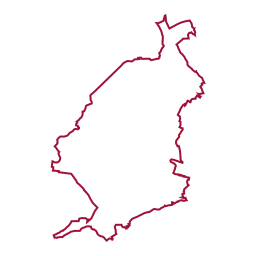 Maltrata, Veracruz, Mexico
{"feature_id": "50627088B19027861319705", "entity_name": "Maltrata", "entity_type": "district", "adm_level": 2, "iso_a3": "MEX", "parent_name": "Mexico", "parent_adm1": "Veracruz", "projection": "mercator", "projection_center": [-97.262, 18.844], "detail": "fine", "context": "isolated", "style": "outline", "palette": "rose", "viewbox_px": 256, "rotation_deg": 0, "n_neighbors": 0, "source": "geoboundaries", "source_scale": "gbopen_adm2", "svg_char_len": 5778}
<svg xmlns="http://www.w3.org/2000/svg" viewBox="0 0 256 256"><path d="M89.2,104.5L87.7,105.0L87.4,105.2L86.7,105.4L86.1,105.8L85.8,106.9L85.6,107.5L85.4,108.8L84.7,109.8L84.4,111.0L83.9,111.5L83.3,111.7L82.6,111.6L82.5,112.3L82.7,114.1L82.2,115.8L81.9,116.4L81.1,117.7L80.4,118.0L78.7,120.1L76.6,121.7L77.3,122.6L76.7,123.3L76.1,124.3L76.1,125.4L77.1,125.6L77.9,126.1L78.0,127.0L78.7,127.2L79.1,127.6L79.0,128.3L78.6,128.8L77.9,129.2L75.4,129.0L74.6,129.2L73.9,129.6L72.8,131.1L70.2,132.6L69.2,133.4L68.5,134.4L67.5,135.5L66.3,136.0L64.0,136.6L60.9,136.5L60.0,136.7L57.9,138.7L57.2,139.9L57.6,141.8L57.3,142.5L57.5,143.2L57.3,143.7L56.1,144.9L54.7,146.4L56.1,147.8L58.0,150.7L59.3,151.9L58.5,153.1L58.5,153.8L59.3,155.4L59.3,155.9L59.6,156.6L60.1,157.1L60.2,158.2L60.0,159.4L59.5,160.8L59.1,161.3L57.1,162.5L54.8,162.4L52.5,161.3L51.8,166.8L53.2,167.1L53.3,169.4L52.9,170.6L58.9,171.1L58.7,172.2L71.3,173.8L76.3,180.7L77.0,182.6L79.9,185.1L83.8,189.1L83.8,189.9L84.2,190.1L84.8,190.7L84.8,191.1L85.3,191.6L85.9,192.0L88.5,195.1L90.4,198.9L92.9,203.1L97.4,207.6L95.5,210.2L94.7,211.4L92.0,217.1L91.2,218.6L87.1,222.1L87.2,221.3L88.3,219.5L87.2,219.4L85.4,218.1L84.3,218.3L82.1,218.0L79.2,218.7L78.7,221.1L71.5,221.2L70.9,222.7L68.9,225.4L68.1,226.2L66.8,227.2L64.9,229.2L63.4,230.2L63.0,230.7L62.4,230.6L61.5,231.2L60.6,231.5L60.0,232.2L59.2,232.7L57.6,233.3L56.3,234.2L54.5,234.8L53.6,235.3L54.6,237.6L55.0,237.3L56.4,237.8L57.1,237.8L57.4,237.5L58.9,237.2L60.7,237.0L61.3,237.1L62.4,237.1L63.9,235.7L64.5,235.3L68.7,233.1L71.0,231.7L74.7,230.9L79.9,230.9L80.7,229.8L80.9,229.2L82.4,228.0L84.2,227.5L87.0,226.3L89.3,226.3L90.2,226.7L91.0,226.7L91.4,228.3L92.1,229.1L93.2,229.5L93.8,229.3L94.2,229.5L94.7,230.1L96.0,230.8L96.6,232.0L97.1,232.5L97.2,233.6L98.5,235.0L100.6,236.2L102.6,236.6L103.5,237.1L106.6,240.6L109.4,238.4L110.6,238.7L111.2,238.5L112.1,239.7L112.5,239.7L112.7,238.9L111.7,236.8L116.4,234.0L115.8,233.0L115.7,229.9L115.1,228.4L114.8,226.8L115.9,224.8L121.5,224.8L121.9,226.1L123.1,227.3L124.0,227.3L124.5,227.2L124.9,226.9L126.0,228.6L126.6,228.5L126.5,228.3L127.1,226.6L127.1,226.1L127.7,226.2L128.3,226.9L128.9,226.1L128.2,225.5L129.6,225.0L128.9,224.0L129.5,224.0L129.8,223.5L129.7,221.7L132.0,219.0L133.5,218.2L136.6,217.0L144.4,213.1L148.0,212.1L149.3,212.0L153.6,209.2L154.4,208.9L156.4,209.4L158.1,209.6L159.4,209.4L160.4,208.8L160.9,208.2L163.1,207.1L163.4,207.1L164.5,206.2L164.9,205.6L165.4,206.1L166.1,206.1L168.8,205.2L169.5,205.3L172.0,204.8L172.0,202.3L173.1,202.5L173.8,203.7L174.2,203.2L175.1,203.0L176.8,202.0L177.5,201.9L177.6,201.4L178.3,201.4L179.8,200.6L180.3,200.5L180.9,200.3L181.3,200.2L182.3,200.5L182.8,200.5L183.1,200.8L183.6,200.6L184.7,200.8L185.9,200.4L186.6,200.3L186.1,199.5L185.5,197.8L184.7,198.0L183.8,198.0L182.9,197.9L182.4,197.5L181.9,197.4L183.3,196.9L182.6,195.6L182.3,194.1L182.4,193.8L183.0,193.7L184.0,193.8L184.2,193.6L184.1,192.0L183.7,191.4L184.2,190.8L184.0,190.2L184.1,189.4L188.6,185.2L188.2,184.9L187.5,184.0L187.2,182.7L187.1,181.2L187.6,180.1L188.8,179.8L188.6,178.3L189.1,178.3L189.2,177.7L184.7,176.8L184.8,176.2L184.1,176.0L184.0,176.6L182.8,176.4L182.2,175.5L181.0,175.7L180.5,175.6L180.7,175.0L180.1,174.8L179.9,175.4L179.4,175.3L179.5,174.8L179.0,174.6L178.9,175.1L177.8,174.5L177.6,174.6L176.9,174.3L175.6,174.2L174.1,173.6L173.3,173.0L173.6,172.6L174.3,170.4L175.0,169.1L175.1,167.6L175.8,166.2L175.8,165.6L175.1,164.4L173.4,163.0L171.1,162.1L170.8,161.8L170.5,161.2L170.4,160.7L170.6,160.2L171.0,159.6L171.9,159.4L173.1,159.6L182.4,162.8L182.6,162.2L181.1,160.7L180.6,159.6L180.4,155.1L179.9,150.2L179.4,148.7L179.5,148.2L178.8,146.0L177.6,146.3L176.1,143.4L176.0,141.4L176.6,140.1L179.2,136.8L179.0,135.6L179.1,134.8L180.0,133.7L181.8,130.8L182.7,129.7L182.6,128.3L181.7,128.2L179.5,127.2L180.2,125.9L180.6,124.4L180.4,123.6L180.5,121.8L179.4,121.2L180.2,118.9L179.8,116.3L178.8,115.8L177.8,114.9L178.5,113.4L180.1,110.2L180.4,109.1L182.8,105.3L184.5,104.1L184.8,105.7L185.5,105.1L187.6,100.7L188.4,100.9L189.6,101.7L189.6,102.0L190.4,102.3L190.8,101.4L191.0,100.2L191.3,99.7L191.8,99.3L192.7,98.9L193.9,98.9L195.5,98.7L195.3,97.9L196.1,97.1L197.0,95.6L200.0,97.6L200.6,96.5L199.8,96.2L198.4,94.0L198.9,94.2L199.4,93.9L199.9,94.1L200.6,93.8L203.4,93.3L202.8,92.0L201.6,88.7L200.3,86.7L202.3,84.7L201.7,83.7L203.4,82.7L204.2,82.8L202.7,79.6L202.1,77.9L200.5,76.9L198.9,75.5L197.3,73.2L197.0,72.7L196.5,72.4L196.1,71.9L196.1,71.5L195.5,71.9L194.6,71.5L192.3,69.7L191.8,68.7L190.9,68.1L188.1,65.7L187.4,64.5L187.5,63.4L187.2,61.7L185.2,58.6L184.3,56.7L182.0,54.0L181.0,53.3L180.1,52.1L179.4,50.3L178.4,48.4L177.6,46.0L176.5,44.5L182.3,39.6L183.0,38.7L188.7,38.5L187.9,34.8L189.3,32.8L190.5,32.9L191.4,32.3L192.8,34.0L193.9,34.3L194.9,35.1L194.7,34.0L195.2,32.2L194.5,30.5L194.0,30.2L194.3,28.7L193.9,28.9L193.3,27.7L192.3,27.2L191.6,23.5L189.7,20.5L184.9,21.4L181.2,22.5L177.6,24.1L169.4,28.5L168.6,27.1L167.6,24.7L166.7,23.1L166.1,21.4L165.8,19.7L165.8,18.0L165.4,15.4L164.7,15.8L164.4,17.5L163.9,18.6L163.6,20.8L159.2,22.8L157.7,23.2L156.6,23.1L159.2,26.8L160.0,28.6L161.1,30.7L161.6,32.1L162.2,34.8L162.8,36.0L162.9,37.9L162.7,38.6L162.8,40.3L162.5,40.8L162.5,41.6L162.6,42.0L162.6,44.5L163.6,45.3L163.8,45.8L163.6,46.6L163.2,46.9L162.8,47.6L162.5,47.7L162.0,48.2L161.8,49.0L161.1,49.9L161.1,50.8L160.5,51.5L160.1,52.4L159.3,52.8L159.4,53.9L159.9,55.4L159.9,55.8L159.3,56.8L159.5,57.3L159.4,57.8L158.8,58.2L158.5,58.8L158.1,58.9L157.2,58.7L151.3,60.2L149.9,59.3L149.9,58.9L148.7,58.7L142.0,58.9L141.0,57.6L138.4,57.8L139.2,59.1L135.4,59.3L134.1,59.7L132.7,61.0L131.8,61.4L127.5,61.0L124.8,62.3L123.4,63.2L120.8,66.1L94.0,92.1L90.6,95.0L90.3,96.0L90.7,98.2L90.5,99.1L90.5,99.7L91.5,101.5L91.8,102.8L91.7,103.4L91.5,103.7L90.0,104.0L89.2,104.5Z" fill="none" stroke="#9f1239" stroke-width="2"/></svg>